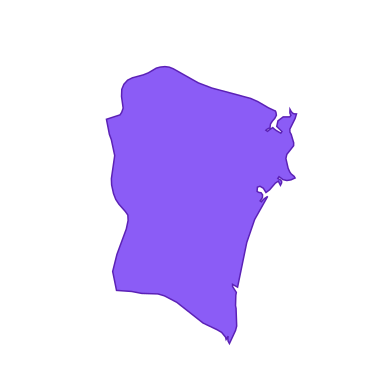 Quảng Ngãi, Mercator projection, rotated 35°
{"feature_id": "VNM-488", "entity_name": "Quảng Ngãi", "entity_type": "Province", "adm_level": 1, "iso_a3": "VNM", "parent_name": "Vietnam", "parent_adm1": "", "projection": "mercator", "projection_center": [108.762, 15.012], "detail": "fine", "context": "isolated", "style": "filled", "palette": "violet", "viewbox_px": 384, "rotation_deg": 35, "n_neighbors": 0, "source": "natural_earth", "source_scale": "10m", "svg_char_len": 1684}
<svg xmlns="http://www.w3.org/2000/svg" viewBox="0 0 384 384"><g transform="rotate(35 192 192)"><path d="M213.8,77.8L215.1,78.6L217.1,80.7L217.6,84.2L217.2,87.7L217.3,91.3L219.1,94.8L218.0,96.3L217.6,97.2L217.1,99.0L219.1,99.0L219.5,97.3L221.2,92.9L223.2,93.2L225.5,93.3L231.0,92.9L231.0,90.9L223.8,89.7L221.6,84.4L223.6,78.2L229.0,74.4L229.0,72.4L227.3,71.5L226.5,70.6L224.9,68.1L227.1,69.2L229.1,69.7L230.8,69.4L232.8,68.1L234.3,72.6L236.1,84.4L237.9,86.8L240.2,87.9L247.1,93.4L248.7,95.8L248.1,106.8L249.7,110.7L257.1,117.4L260.6,119.5L262.8,120.3L266.7,120.6L268.4,121.4L266.1,125.3L263.1,128.2L259.3,129.7L254.5,129.5L254.5,131.7L257.4,131.4L259.2,131.8L260.2,133.1L260.6,135.8L256.5,133.6L255.2,136.9L254.3,145.7L252.9,150.0L248.3,148.0L244.4,148.3L242.8,150.5L244.9,154.1L246.7,154.1L249.0,153.0L251.4,153.8L252.9,156.2L252.9,160.2L254.5,160.2L254.7,157.7L255.1,155.9L256.5,152.2L259.1,178.6L265.8,201.9L283.9,243.8L278.2,244.4L279.5,246.2L285.9,248.8L287.1,251.4L292.9,260.2L294.8,262.0L305.5,276.2L307.1,280.5L309.6,294.7L307.2,293.5L305.5,291.7L304.3,289.3L304.5,293.2L302.8,291.7L296.8,290.0L291.8,290.4L276.2,293.0L242.8,291.1L228.9,292.9L222.6,295.0L209.0,303.9L199.6,308.1L186.6,315.9L172.6,302.6L166.3,286.2L159.4,260.0L156.0,252.0L152.7,247.7L148.6,246.2L139.1,243.9L133.8,241.8L128.6,238.3L122.1,232.3L118.3,227.3L107.8,206.5L95.9,195.4L91.3,192.2L80.2,181.5L88.8,170.1L88.7,167.1L87.5,162.8L79.5,154.2L75.6,148.2L74.4,142.8L75.1,137.3L77.7,132.6L84.9,124.0L87.9,119.4L91.7,111.0L94.3,107.9L97.9,104.8L101.7,102.8L105.9,101.8L134.5,99.0L148.5,95.5L186.4,81.7L194.1,80.2L206.3,79.2L213.1,78.0L213.8,77.8Z" fill="#8b5cf6" stroke="#5b21b6" stroke-width="1.5"/></g></svg>